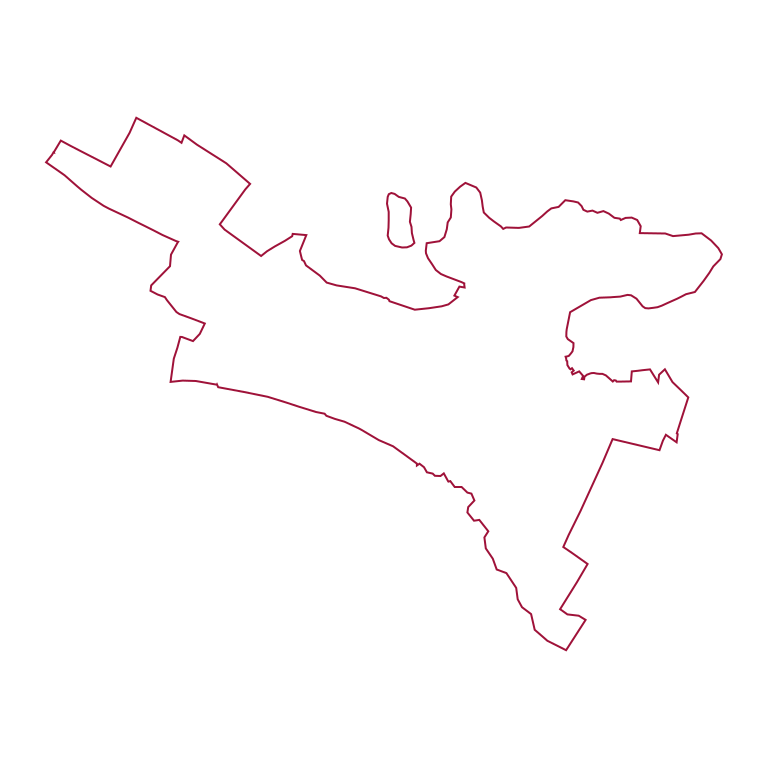 outline of Vaini, Tongatapu, Tonga
{"feature_id": "48082658B87920107186750", "entity_name": "Vaini", "entity_type": "district", "adm_level": 2, "iso_a3": "TON", "parent_name": "Tonga", "parent_adm1": "Tongatapu", "projection": "albers", "projection_center": [-175.201, -21.199], "detail": "fine", "context": "isolated", "style": "outline", "palette": "rose", "viewbox_px": 768, "rotation_deg": 0, "n_neighbors": 0, "source": "geoboundaries", "source_scale": "gbopen_adm2", "svg_char_len": 4123}
<svg xmlns="http://www.w3.org/2000/svg" viewBox="0 0 768 768"><path d="M136.3,117.8L133.3,124.5L129.6,132.8L110.6,166.5L79.7,150.6L70.8,146.0L60.8,140.6L53.9,152.1L54.0,152.5L53.5,152.3L52.1,154.8L46.1,162.3L64.5,175.2L71.0,180.9L77.4,186.5L81.2,189.7L91.7,197.9L103.6,205.8L108.9,208.6L127.9,217.5L138.5,222.9L144.4,225.8L153.0,230.1L162.5,235.0L175.9,241.0L178.2,241.8L177.6,242.6L173.1,250.8L171.0,254.6L170.0,266.2L151.2,285.4L150.5,290.8L157.6,294.5L164.9,297.1L166.9,300.1L176.4,312.0L179.5,314.1L191.4,318.4L204.8,323.5L199.8,333.9L193.0,341.1L182.0,337.0L180.3,336.9L177.4,347.7L173.8,358.7L170.6,381.9L182.7,380.6L195.8,381.0L216.9,384.7L217.0,384.5L218.2,387.2L244.0,392.0L267.7,396.8L286.1,402.5L299.2,406.8L316.0,412.0L324.6,413.7L326.4,415.8L334.9,418.9L344.5,421.7L354.3,426.3L358.6,428.3L361.4,429.8L378.8,440.1L393.1,446.3L416.9,463.6L416.9,465.5L419.5,463.7L424.0,467.2L426.9,472.3L432.7,473.6L434.9,475.8L440.5,476.0L443.8,473.4L448.1,481.2L448.4,481.6L450.3,481.1L454.7,487.0L461.6,487.0L467.4,492.6L471.4,493.6L474.4,500.5L468.2,507.1L467.4,512.5L474.0,520.7L476.2,520.4L479.3,519.9L488.3,531.3L484.4,537.4L485.8,548.4L492.8,558.7L496.7,569.5L506.4,573.1L516.2,587.9L517.7,599.3L522.0,607.2L531.1,614.1L534.7,629.8L547.4,640.8L565.7,650.0L566.1,650.2L585.6,619.9L578.7,615.7L567.4,614.4L560.1,609.2L577.0,582.1L587.6,564.0L571.8,552.8L563.3,547.0L568.6,535.1L580.6,510.8L602.4,463.1L612.6,439.1L659.5,450.2L662.9,440.7L665.9,434.8L676.6,442.3L677.7,434.1L676.8,433.4L680.5,421.7L688.3,397.4L680.0,389.3L672.5,382.1L664.9,369.3L659.1,374.7L658.1,382.4L650.0,369.4L642.5,370.2L637.8,370.8L631.8,371.4L631.0,381.4L620.0,381.6L616.6,381.6L615.8,380.5L614.1,380.2L612.8,381.5L605.9,375.4L602.5,373.9L599.9,373.9L596.8,373.6L594.0,373.0L591.7,373.1L590.1,373.5L588.4,374.2L587.1,374.6L584.5,376.7L584.1,379.3L581.8,379.0L583.1,375.9L579.2,371.4L572.6,374.4L571.7,372.3L573.7,370.6L572.0,368.2L570.5,369.3L569.5,368.5L567.4,365.1L567.2,361.2L566.4,360.5L566.2,358.7L565.6,356.7L567.2,356.4L568.8,355.9L570.2,354.3L571.4,352.8L572.5,351.3L572.9,349.4L573.4,347.1L573.5,343.1L567.8,339.1L566.3,336.5L566.4,332.1L566.7,329.3L570.1,312.2L590.9,300.1L599.4,297.7L610.4,297.3L612.8,297.1L620.3,296.6L627.5,294.9L631.1,295.3L636.5,298.7L642.6,306.3L645.2,308.1L648.5,308.4L653.4,307.8L657.5,307.2L661.7,305.7L668.0,302.8L677.2,298.7L681.6,296.5L686.0,294.2L694.9,292.0L703.6,280.9L709.3,272.9L713.3,266.4L720.4,259.1L721.9,254.3L718.3,248.1L711.1,240.5L701.6,233.3L695.7,233.5L688.7,234.7L673.0,236.1L665.3,233.5L639.8,233.1L640.7,226.2L637.2,220.0L631.7,217.6L625.6,217.9L620.8,220.0L619.8,218.6L614.4,217.8L608.8,213.6L603.4,211.1L597.4,212.8L592.5,210.6L587.3,211.6L583.4,209.8L581.6,206.1L578.1,202.5L573.4,201.4L565.3,200.2L558.6,206.9L551.3,208.4L547.3,211.4L542.1,216.1L529.2,226.5L518.9,227.9L506.1,227.5L503.2,228.9L500.9,226.4L494.0,221.5L489.2,217.8L483.8,212.5L482.7,206.7L481.9,200.3L480.2,192.6L476.3,187.5L465.4,182.9L460.1,186.7L454.8,191.6L451.2,196.6L450.8,204.3L451.4,209.4L450.8,217.5L447.7,222.4L446.8,229.2L444.4,237.1L439.5,241.2L426.7,243.2L425.8,250.7L426.0,253.3L428.0,258.2L432.2,264.4L435.8,270.0L440.9,274.0L446.4,276.4L454.6,279.5L461.5,282.1L464.3,283.4L464.2,284.2L464.6,287.5L459.4,286.6L454.4,295.6L457.7,297.1L448.4,304.4L441.7,306.3L429.0,308.2L414.8,309.7L389.5,301.2L388.9,299.7L386.4,297.8L383.9,298.0L381.1,296.4L355.1,288.3L336.6,285.4L326.7,282.6L319.8,275.6L306.0,265.4L304.0,261.1L302.1,259.9L301.1,256.0L299.9,251.0L302.8,243.8L306.3,235.1L292.7,233.9L292.2,236.2L284.8,240.9L274.9,246.4L267.1,251.2L261.1,256.0L245.2,244.5L224.6,229.6L219.8,224.3L221.0,222.7L222.2,221.1L245.3,189.4L250.1,183.9L226.3,163.3L197.0,144.7L184.3,135.4L181.5,142.8L177.8,140.3L166.2,134.0L148.1,124.2L136.3,117.8L136.3,117.8ZM391.3,193.0L388.8,194.2L387.7,196.9L387.0,203.7L388.7,211.9L388.7,220.2L388.5,227.7L387.7,235.6L389.0,239.3L391.6,243.3L395.1,245.9L402.1,247.5L407.0,247.3L411.4,245.6L414.4,242.9L413.6,240.1L411.9,233.1L411.5,226.9L409.9,221.8L410.7,214.0L411.1,207.6L407.4,201.4L404.9,198.5L398.8,196.9L394.6,193.9L391.3,193.0Z" fill="none" stroke="#9f1239" stroke-width="2"/></svg>